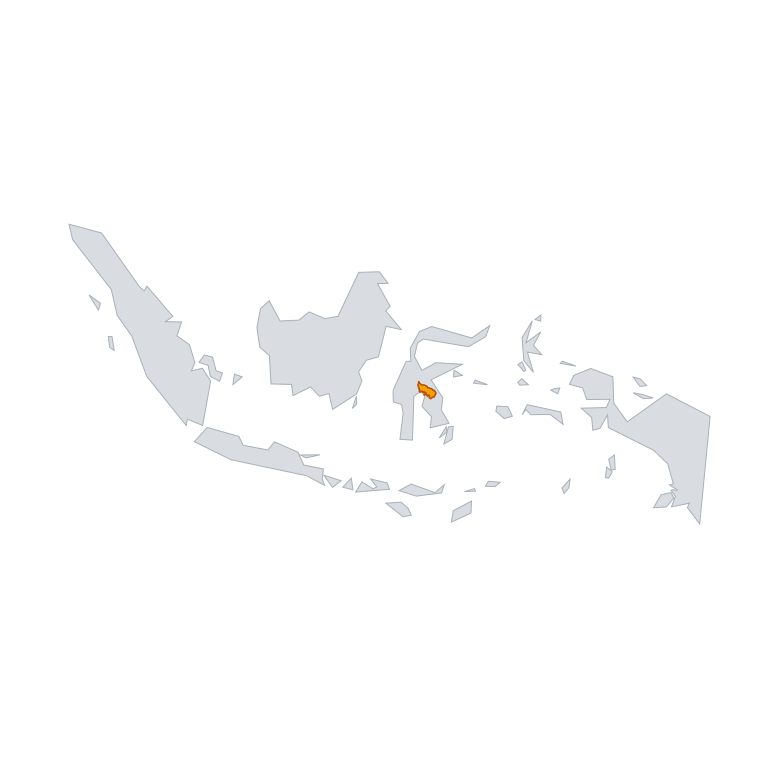 location of Luwu Timur, Sulawesi Selatan, Indonesia, rotated 5°
{"feature_id": "22746128B1110744719374", "entity_name": "Luwu Timur", "entity_type": "district", "adm_level": 2, "iso_a3": "IDN", "parent_name": "Indonesia", "parent_adm1": "Sulawesi Selatan", "projection": "natural_earth1", "projection_center": [121.051, -2.532], "detail": "fine", "context": "in_parent", "style": "filled", "palette": "amber", "viewbox_px": 768, "rotation_deg": 5, "n_neighbors": 0, "source": "geoboundaries", "source_scale": "gbopen_adm2", "svg_char_len": 6956}
<svg xmlns="http://www.w3.org/2000/svg" viewBox="0 0 768 768"><g transform="rotate(5 384 384)"><path d="M262.3,311.0L274.9,330.3L293.6,327.8L303.1,318.7L319.6,324.1L332.3,320.5L349.1,275.0L369.5,272.6L379.2,283.4L368.8,284.5L383.3,306.1L379.3,311.0L396.5,328.3L381.1,326.4L376.1,357.4L364.3,361.9L357.6,374.2L361.8,382.7L357.4,396.5L335.0,413.8L330.0,398.3L320.8,401.9L311.2,393.3L294.3,403.5L292.0,392.5L271.4,393.8L267.4,365.7L257.0,358.0L252.5,338.7L254.4,319.8L262.3,311.0ZM56.3,252.3L89.5,258.2L131.8,308.3L137.0,312.3L139.3,307.2L167.7,335.0L160.8,341.0L176.9,339.8L173.5,354.1L186.8,361.8L193.7,379.3L191.0,387.7L201.7,384.1L211.0,396.1L207.0,441.1L191.1,436.2L190.6,442.6L147.0,397.1L128.6,358.3L112.2,338.8L104.1,313.7L61.2,267.3L56.3,252.3ZM711.7,387.9L710.7,495.9L697.0,480.6L698.7,476.1L681.1,481.3L684.1,470.5L679.2,464.9L680.9,464.1L683.7,464.5L685.4,463.9L677.2,459.7L681.0,458.4L673.6,438.8L658.5,426.6L611.3,407.9L609.4,395.3L603.1,409.3L596.1,411.9L593.8,399.3L582.6,390.9L607.4,388.1L610.6,379.5L587.5,381.8L582.1,370.5L568.7,368.2L572.4,358.8L588.7,350.5L611.4,356.9L614.5,382.9L629.6,400.5L666.3,369.2L711.7,387.9ZM481.1,328.1L464.8,339.5L419.3,335.8L413.8,340.1L411.9,353.8L420.6,367.3L433.6,358.3L460.3,357.5L430.5,375.8L443.9,392.8L443.3,404.7L452.2,417.5L433.8,423.6L434.2,412.5L423.8,403.0L426.1,390.2L420.4,388.9L414.8,393.5L417.2,437.4L404.7,437.7L405.6,411.5L403.4,402.9L394.8,401.0L393.6,389.7L404.0,359.6L408.8,358.9L407.0,346.1L414.9,328.5L426.5,322.6L467.4,330.5L484.3,316.6L481.1,328.1ZM211.7,442.7L244.0,448.9L249.0,457.3L274.1,459.9L279.9,451.2L304.3,459.5L311.1,471.7L331.1,473.9L330.8,484.1L333.7,490.1L314.6,482.1L238.3,472.8L200.1,458.0L211.7,442.7ZM521.9,330.5L535.6,318.5L529.5,332.4L538.6,341.0L524.1,339.7L531.8,359.4L521.3,348.6L517.5,325.7L526.2,308.1L521.9,330.5ZM528.5,392.1L562.5,396.5L565.9,408.6L552.1,399.8L533.1,401.8L527.6,397.0L524.3,402.6L528.5,392.1ZM450.8,487.5L425.9,492.9L408.3,488.9L419.8,481.3L444.3,487.8L452.8,479.1L450.8,487.5ZM379.0,479.8L395.7,482.3L398.6,488.4L365.2,494.1L370.5,483.4L382.1,489.4L385.8,487.2L379.0,479.8ZM481.4,493.0L481.9,505.0L463.1,515.7L464.0,504.2L481.4,493.0ZM210.9,372.3L215.6,385.5L222.1,387.3L219.9,395.6L210.3,391.5L207.2,380.8L197.9,378.5L202.5,370.7L210.9,372.3ZM676.0,481.9L663.3,483.8L669.7,470.1L679.5,467.2L682.6,472.3L676.0,481.9ZM411.3,500.2L419.0,505.9L422.6,512.4L414.7,514.6L396.2,502.6L411.3,500.2ZM509.4,395.8L514.6,404.9L506.8,408.0L497.8,401.4L498.3,396.1L509.4,395.8ZM332.0,480.1L349.7,484.1L341.7,491.4L332.0,480.1ZM359.6,480.7L362.3,492.1L351.9,490.4L359.6,480.7ZM242.1,389.3L233.5,397.8L234.2,387.2L242.1,389.3ZM619.7,434.6L621.7,449.0L617.7,449.7L614.4,439.3L619.7,434.6ZM326.3,460.1L312.7,464.5L307.0,462.0L326.3,460.1ZM456.6,420.1L456.7,433.1L448.9,438.6L451.9,421.2L456.6,420.1ZM82.4,321.0L94.6,328.4L93.0,335.2L82.4,321.0ZM112.3,374.1L107.4,371.3L105.2,360.7L108.9,360.4L112.3,374.1ZM573.0,477.3L570.3,472.1L577.6,462.6L577.3,471.1L573.0,477.3ZM559.6,345.8L573.6,349.4L557.8,348.1L559.6,345.8ZM474.4,372.1L487.2,375.7L473.1,375.4L474.4,372.1ZM450.6,426.5L443.7,432.9L449.7,421.2L450.6,426.5ZM631.6,355.4L638.9,356.6L645.8,362.7L639.2,364.1L631.6,355.4ZM508.3,471.8L503.6,476.5L494.0,477.1L496.5,471.8L508.3,471.8ZM619.1,451.5L616.0,458.2L612.7,458.0L613.1,447.3L619.1,451.5ZM527.9,372.1L519.4,373.3L517.1,371.0L520.7,366.7L527.9,372.1ZM632.9,371.0L643.3,372.1L653.2,374.5L643.7,376.0L632.9,371.0ZM452.7,364.2L461.4,368.6L452.5,370.9L452.7,364.2ZM534.6,307.7L528.8,306.5L534.3,301.5L534.6,307.7ZM473.7,484.2L483.3,480.3L484.4,482.8L473.7,484.2ZM559.5,372.6L557.9,378.6L550.6,375.6L554.3,373.8L559.5,372.6ZM358.3,407.0L354.6,411.1L357.6,398.5L358.3,407.0ZM519.5,349.9L524.0,358.0L522.3,359.3L515.7,352.9L519.5,349.9Z" fill="#d9dde1" stroke="#a8b0b8" stroke-width="1"/><path d="M430.5,393.9L430.7,394.0L430.8,394.0L431.3,394.4L431.7,394.5L431.9,394.6L432.0,394.5L432.0,394.4L432.4,394.0L432.5,393.9L432.9,393.7L433.1,393.4L433.2,393.1L433.3,393.0L433.5,393.1L433.8,392.9L434.0,392.8L434.4,392.7L434.5,392.6L434.9,392.7L435.0,392.7L435.3,392.5L435.3,392.4L435.2,392.3L435.0,392.2L435.0,391.9L435.1,391.5L435.2,391.4L435.4,391.3L435.5,391.4L435.7,391.2L435.7,390.5L436.0,390.3L436.0,390.2L436.2,389.5L436.3,389.3L436.5,389.2L436.7,388.8L436.7,388.7L436.5,388.2L436.2,387.9L435.9,387.6L435.5,386.7L435.4,386.6L435.2,386.6L435.2,386.8L434.9,386.7L434.7,386.7L434.6,386.4L434.5,386.1L434.4,386.0L434.3,385.9L434.2,385.8L433.8,385.9L433.4,385.9L433.2,385.7L432.9,385.4L432.7,385.3L432.4,384.9L432.1,384.8L432.0,384.7L431.8,384.6L431.7,384.5L431.3,384.5L431.2,384.6L429.9,384.2L429.6,384.0L428.8,383.9L428.7,383.8L428.3,383.9L428.0,384.0L427.9,383.9L427.7,383.6L427.5,383.4L427.4,383.1L427.0,382.6L426.9,382.4L426.7,382.3L426.3,382.2L426.1,382.2L425.9,382.3L425.5,382.1L425.4,382.0L425.2,381.8L424.8,381.7L424.4,381.6L423.6,381.4L423.0,381.4L422.6,381.5L422.4,381.7L421.9,381.7L421.7,381.6L421.4,381.5L421.2,381.4L420.8,381.2L420.7,381.0L419.8,380.4L419.3,379.8L419.3,379.7L418.8,379.1L418.8,378.9L418.5,378.6L418.4,378.7L418.4,378.8L418.3,379.1L418.5,379.3L418.4,379.4L418.4,379.9L418.5,380.2L418.4,380.3L418.3,380.5L418.3,380.8L418.2,381.1L418.0,381.3L418.0,381.5L417.8,381.8L417.8,382.0L417.9,382.3L418.0,382.4L418.1,382.5L418.3,382.8L418.4,383.0L418.6,383.2L418.6,383.3L418.7,383.7L418.6,383.9L418.5,384.1L418.7,384.3L418.8,384.4L418.8,384.6L418.8,384.9L419.0,385.1L419.1,385.3L419.3,385.4L419.3,385.5L419.3,385.8L419.4,386.0L419.5,386.0L419.5,386.3L419.6,386.5L419.7,386.8L419.8,387.1L419.8,387.3L419.9,387.2L419.9,387.4L419.9,387.5L420.0,387.5L420.1,387.8L420.2,388.0L420.2,388.4L420.3,388.4L420.3,388.5L420.4,388.8L420.5,388.8L420.5,388.7L420.9,388.5L421.0,388.5L421.1,388.4L421.1,388.5L421.2,388.4L421.3,388.4L421.7,388.3L421.7,388.2L421.8,388.1L422.1,388.1L422.3,388.2L422.5,388.1L422.9,388.2L422.9,388.3L423.0,388.3L423.1,388.5L423.3,388.7L423.5,388.5L423.7,388.4L423.8,388.4L423.9,388.5L424.0,388.5L424.0,388.8L424.1,388.7L424.1,388.8L424.3,388.7L424.5,388.7L424.6,388.8L424.8,388.9L425.0,388.9L425.3,389.0L425.5,389.0L425.6,388.9L425.6,388.7L425.8,388.6L426.0,388.7L425.9,388.8L425.8,389.0L425.9,389.3L426.0,389.3L426.3,389.3L426.5,389.4L426.6,389.5L426.7,389.8L426.6,390.1L426.4,390.2L426.3,390.5L426.2,390.6L425.9,390.7L425.7,390.8L425.6,391.0L425.4,391.0L425.5,391.1L425.4,391.2L425.4,391.3L425.2,391.3L425.1,391.2L425.0,391.3L425.2,391.5L425.4,391.5L425.6,391.4L425.7,391.2L425.8,391.0L425.8,390.9L426.0,390.9L426.3,390.8L426.5,390.7L427.1,390.9L427.3,391.0L427.6,391.3L427.8,391.3L427.9,391.6L428.0,391.6L428.1,391.9L428.2,392.0L428.3,392.0L428.3,391.9L428.4,392.0L428.5,391.9L428.5,392.0L428.6,391.9L428.7,391.7L428.8,391.5L428.9,391.4L429.4,391.4L429.6,391.2L429.8,391.1L430.1,391.6L430.2,392.0L430.4,392.5L430.5,392.7L430.5,392.8L430.2,393.1L430.1,393.3L430.2,393.5L430.4,393.9L430.5,393.9ZM424.9,391.2L424.7,391.2L424.7,391.3L424.8,391.3L424.8,391.2L424.9,391.2Z" fill="#f59e0b" stroke="#b45309" stroke-width="1.5"/></g></svg>